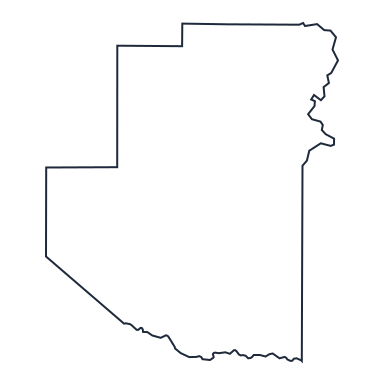 the district of Terrell, Texas, United States of America
{"feature_id": "52423323B84594382337875", "entity_name": "Terrell", "entity_type": "district", "adm_level": 2, "iso_a3": "USA", "parent_name": "United States of America", "parent_adm1": "Texas", "projection": "natural_earth1", "projection_center": [-101.952, 30.22], "detail": "fine", "context": "isolated", "style": "outline", "palette": "slate", "viewbox_px": 384, "rotation_deg": 0, "n_neighbors": 0, "source": "geoboundaries", "source_scale": "gbopen_adm2", "svg_char_len": 1281}
<svg xmlns="http://www.w3.org/2000/svg" viewBox="0 0 384 384"><path d="M124.1,323.7L125.8,323.3L130.2,324.2L131.5,325.1L136.6,329.8L138.1,329.9L140.6,327.9L141.8,328.0L142.8,329.5L143.0,331.9L147.4,332.1L152.3,335.5L160.7,337.8L166.0,335.3L166.8,335.5L168.2,336.4L174.6,346.7L175.2,348.6L180.7,353.1L189.2,357.1L196.7,356.9L199.1,356.1L201.3,357.1L202.5,359.2L210.0,360.0L213.4,357.7L213.7,357.0L212.9,354.3L213.5,353.2L214.9,352.6L218.9,353.2L225.3,352.3L229.9,353.8L234.0,350.2L235.3,350.2L236.6,351.3L238.8,354.4L240.6,355.4L242.9,355.1L245.6,355.7L248.2,358.3L250.5,358.0L252.1,357.0L253.7,355.0L260.0,355.0L265.5,356.5L269.6,354.1L272.7,353.5L279.5,358.3L284.7,356.9L286.4,358.0L287.3,359.4L290.4,360.9L292.3,360.7L293.9,358.7L296.6,358.3L301.1,360.3L301.8,361.0L302.5,165.7L306.9,160.6L309.3,150.7L320.8,143.3L330.7,145.9L334.0,144.6L334.1,138.7L325.7,134.2L321.8,130.0L322.8,125.0L320.5,121.6L311.9,119.2L308.1,114.2L314.5,106.1L314.9,101.2L311.2,99.5L314.0,95.0L320.9,100.2L324.5,96.3L323.6,87.1L328.9,83.0L327.3,75.4L331.2,73.0L338.0,60.4L332.5,49.5L336.0,37.3L330.5,30.6L324.2,30.1L317.1,24.1L305.0,26.0L303.1,23.0L299.3,24.7L226.7,24.3L182.3,23.6L182.1,46.2L117.3,45.7L117.2,167.2L46.2,167.5L46.0,256.5L124.1,323.7Z" fill="none" stroke="#1e293b" stroke-width="2"/></svg>